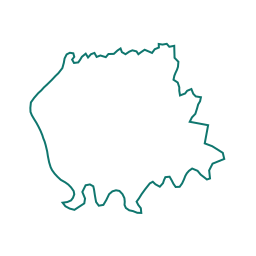 outline of Iraí, Rio Grande do Sul, Brazil, rotated 279°
{"feature_id": "56859067B57334464223199", "entity_name": "Iraí", "entity_type": "district", "adm_level": 2, "iso_a3": "BRA", "parent_name": "Brazil", "parent_adm1": "Rio Grande do Sul", "projection": "mercator", "projection_center": [-53.247, -27.255], "detail": "fine", "context": "isolated", "style": "outline", "palette": "teal", "viewbox_px": 256, "rotation_deg": 279, "n_neighbors": 0, "source": "geoboundaries", "source_scale": "gbopen_adm2", "svg_char_len": 2025}
<svg xmlns="http://www.w3.org/2000/svg" viewBox="0 0 256 256"><g transform="rotate(279 128 128)"><path d="M44.0,75.1L40.9,78.4L39.3,83.0L38.8,87.9L46.7,96.6L51.6,96.6L57.7,92.9L64.8,95.1L66.3,99.2L65.0,102.8L62.1,104.0L56.1,105.9L53.2,106.9L49.9,108.1L46.7,111.3L48.2,115.7L53.4,117.8L59.7,119.7L63.0,122.5L64.6,125.9L64.5,129.4L61.8,132.9L58.2,135.4L54.8,136.3L51.5,136.6L48.7,138.4L46.9,142.1L46.7,146.0L45.7,150.4L46.2,154.4L50.8,153.2L53.6,150.2L56.6,148.0L60.3,149.9L64.8,151.8L70.3,154.6L76.7,158.2L78.8,160.9L76.7,163.9L75.0,168.6L79.0,171.2L82.1,171.7L85.3,172.6L86.4,176.7L82.9,179.5L80.0,181.6L77.2,184.3L78.0,188.2L81.7,190.1L85.9,191.3L89.6,192.1L92.5,193.2L95.2,194.9L98.0,197.7L96.6,203.4L93.3,207.1L91.4,210.6L89.5,214.0L91.0,216.9L94.3,216.0L98.8,214.8L106.0,217.1L112.5,227.9L118.3,225.5L123.2,214.0L124.8,206.2L143.3,206.7L143.8,188.0L148.5,189.5L152.5,192.3L158.5,193.2L162.2,193.6L165.7,195.0L169.8,195.2L169.8,190.0L172.0,187.1L176.4,184.5L174.0,180.6L171.0,179.0L168.3,174.3L172.8,172.8L176.2,172.3L180.7,170.0L182.8,165.4L186.8,165.6L189.9,166.3L193.3,167.3L196.3,167.8L201.3,167.4L204.6,163.0L216.4,160.8L214.7,156.1L217.2,153.1L215.8,149.1L215.8,145.2L212.3,145.9L210.0,142.1L205.9,140.0L206.8,136.6L207.9,132.2L204.9,129.0L202.5,126.7L205.0,124.4L205.4,120.2L203.6,117.3L200.5,114.0L202.0,110.1L205.4,108.2L202.9,105.5L199.0,102.4L198.0,97.1L194.5,95.0L195.3,89.4L193.3,85.9L196.9,83.1L195.1,79.9L191.4,77.5L194.8,74.6L191.1,71.3L188.0,70.1L185.0,68.6L183.8,64.5L186.8,62.1L189.9,63.8L193.2,62.3L193.2,58.8L191.1,55.9L186.8,54.5L182.2,54.4L176.9,53.8L171.3,50.7L168.0,48.2L163.4,45.1L158.7,41.6L154.9,38.6L151.5,36.4L148.4,33.9L143.1,30.6L138.1,28.1L132.6,28.4L128.6,29.2L125.6,31.0L122.4,33.6L118.7,36.8L115.3,39.4L111.3,42.2L107.5,44.5L104.5,46.0L101.7,47.7L98.1,49.4L92.3,51.8L87.6,53.3L81.7,55.5L77.2,57.7L74.5,59.6L71.4,62.7L68.8,66.0L66.3,69.7L64.5,74.5L62.8,77.9L60.4,81.1L57.2,84.2L54.1,85.3L50.5,84.6L47.6,83.1L45.4,79.7L44.0,75.1Z" fill="none" stroke="#0f766e" stroke-width="2"/></g></svg>